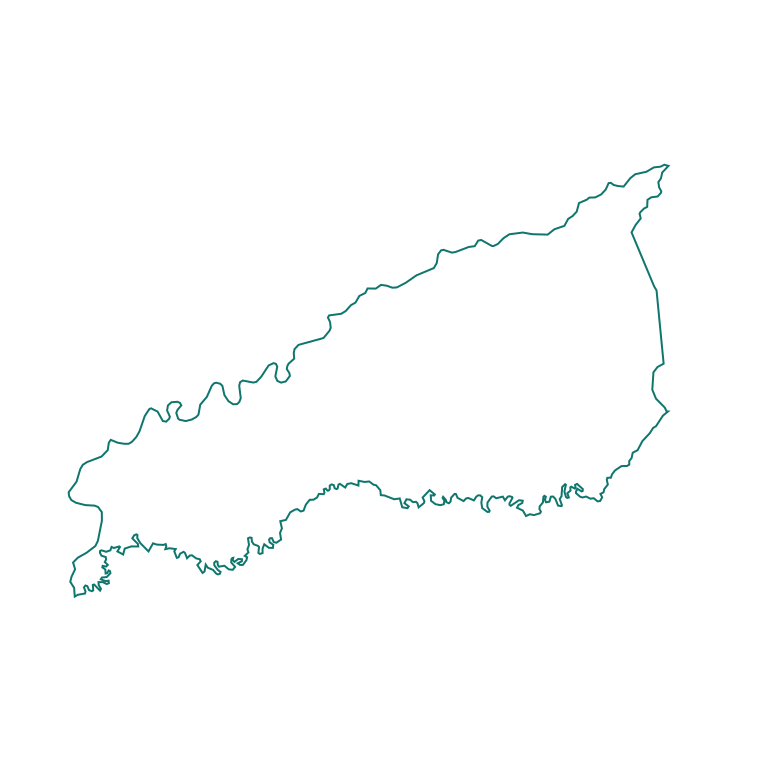 the district of Villanueva, Casanare, Colombia, rotated 103°
{"feature_id": "7082276B89877473443630", "entity_name": "Villanueva", "entity_type": "district", "adm_level": 2, "iso_a3": "COL", "parent_name": "Colombia", "parent_adm1": "Casanare", "projection": "mercator", "projection_center": [-72.768, 4.503], "detail": "fine", "context": "isolated", "style": "outline", "palette": "teal", "viewbox_px": 768, "rotation_deg": 103, "n_neighbors": 0, "source": "geoboundaries", "source_scale": "gbopen_adm2", "svg_char_len": 6166}
<svg xmlns="http://www.w3.org/2000/svg" viewBox="0 0 768 768"><g transform="rotate(103 384 384)"><path d="M365.1,476.1L370.1,479.0L374.2,478.9L379.5,477.2L385.6,481.5L388.1,482.2L391.3,482.1L394.6,478.7L397.3,477.5L403.6,480.3L405.8,484.6L405.0,488.6L401.0,491.6L391.2,491.9L388.7,493.8L388.5,496.3L391.9,500.6L404.6,505.3L410.6,508.8L412.0,511.7L412.4,522.4L414.6,524.6L418.2,524.7L430.0,520.4L434.0,520.9L436.6,522.6L437.7,526.4L435.7,531.7L430.7,537.0L422.1,541.1L420.6,543.6L420.5,547.8L421.5,549.7L424.4,551.4L436.4,553.7L445.5,558.4L455.6,557.9L458.4,559.5L461.9,563.4L464.7,568.8L464.8,575.3L464.0,576.8L458.9,579.9L455.7,579.4L450.4,576.7L448.3,578.6L447.8,581.3L449.6,587.0L453.5,589.7L458.6,589.4L464.0,585.3L466.2,585.5L469.7,587.8L469.8,591.2L461.8,598.4L460.1,605.5L461.2,607.0L469.0,609.9L485.2,611.6L491.3,613.4L497.2,616.7L499.7,619.4L500.7,623.5L501.1,630.3L499.9,637.7L503.1,638.9L510.6,638.3L518.2,642.9L526.9,655.8L530.5,659.3L535.2,660.8L548.3,661.6L560.4,666.9L564.1,665.6L567.4,662.6L569.0,657.5L569.2,647.9L567.6,638.6L568.2,634.9L572.4,630.1L580.8,628.1L601.3,627.5L606.8,628.8L615.4,635.9L622.0,643.2L627.9,646.8L634.0,643.3L642.0,645.1L647.3,645.2L652.3,640.1L660.7,637.5L658.3,635.0L655.4,628.2L653.2,628.2L649.7,630.6L647.5,629.6L647.7,627.6L651.2,625.0L651.6,622.0L650.5,620.9L645.2,622.5L644.6,621.3L649.2,614.2L647.3,613.7L644.0,616.8L641.3,617.6L640.3,613.5L641.3,609.2L640.0,607.3L637.6,608.1L638.7,610.7L638.0,616.0L636.0,615.3L634.5,610.8L629.9,608.0L628.0,608.9L627.6,610.3L630.5,611.1L631.3,612.6L627.4,613.8L626.0,617.2L624.5,617.2L624.4,613.7L622.4,612.4L620.3,616.0L617.7,615.3L615.2,616.2L614.9,620.6L612.4,622.8L610.5,623.1L609.6,621.8L610.0,617.0L607.6,613.2L604.0,612.8L604.6,610.4L601.8,605.4L602.2,604.6L607.1,606.1L608.8,599.8L602.7,599.6L599.1,593.7L597.6,586.9L595.2,587.8L591.0,594.5L587.6,593.4L586.2,591.5L586.6,590.3L589.6,589.8L593.8,585.7L600.1,575.8L591.2,573.2L591.6,569.3L590.4,562.7L589.1,560.7L591.2,559.6L594.1,559.9L592.3,556.1L591.7,549.8L594.2,550.7L600.0,546.8L599.1,545.2L595.2,544.5L592.6,541.5L593.4,539.9L598.1,536.7L594.9,534.7L594.1,532.6L596.2,527.7L596.2,524.1L598.0,522.7L602.4,525.1L608.9,518.3L607.1,516.7L600.1,517.1L602.6,514.4L603.6,508.7L606.5,504.8L606.9,503.0L605.8,501.2L603.9,501.0L602.5,504.2L598.8,508.6L596.3,509.2L594.5,508.0L594.7,506.2L597.8,505.2L599.1,503.7L597.0,498.6L599.5,493.6L599.1,489.6L595.7,487.9L592.3,492.7L589.0,493.3L587.7,492.6L587.3,491.8L589.5,491.8L591.0,489.7L587.3,486.7L586.7,483.0L588.7,482.6L591.6,486.2L592.7,483.6L592.0,480.8L586.6,478.4L583.6,478.4L582.8,481.0L578.6,478.2L575.8,479.9L571.3,479.3L565.0,481.8L563.7,480.2L563.7,478.4L567.2,477.3L569.5,474.9L570.1,470.2L571.0,469.1L576.8,468.4L577.5,466.7L576.1,464.3L571.6,465.3L567.1,464.6L569.5,459.4L568.7,455.4L565.6,455.7L564.0,459.7L561.5,461.0L559.9,460.2L559.4,458.5L562.8,455.9L562.9,453.2L558.7,449.3L552.5,451.8L547.6,451.0L541.0,454.2L538.5,449.0L530.1,446.5L526.4,442.4L525.4,440.3L526.9,436.4L525.5,433.9L519.1,433.0L513.6,430.4L512.6,426.7L509.7,423.7L505.7,422.7L504.9,417.9L503.3,417.6L500.2,419.0L499.0,417.2L500.6,415.1L500.2,413.9L498.5,413.2L495.3,414.0L493.7,412.7L493.8,410.2L496.7,408.6L497.1,406.6L496.3,405.7L492.2,405.7L491.2,404.5L493.6,398.5L489.7,397.3L488.0,393.5L488.7,386.1L484.0,387.0L483.8,380.8L482.3,376.5L484.5,371.5L484.4,369.0L488.3,363.7L493.0,362.1L492.5,358.4L494.0,348.2L492.0,342.9L500.0,338.5L499.7,333.2L497.7,332.4L495.5,337.3L491.3,336.2L490.9,332.5L492.6,329.2L491.6,326.3L492.6,324.6L496.4,322.5L491.1,318.4L489.2,318.2L485.9,320.8L477.2,315.7L480.2,309.6L481.3,310.0L482.0,313.4L487.3,311.8L489.5,306.8L489.4,301.9L487.7,298.7L484.2,298.9L481.7,301.3L480.6,301.0L483.0,297.7L485.1,296.6L485.6,293.9L483.6,292.7L479.6,293.0L475.2,290.5L475.0,289.2L478.4,286.7L480.2,280.1L477.1,278.3L476.1,276.4L477.2,270.2L473.0,268.7L471.3,267.2L470.9,265.2L472.2,262.8L477.6,262.5L482.8,260.4L485.4,254.4L484.9,252.8L483.8,252.5L480.3,255.7L476.3,256.5L469.5,253.7L468.8,251.9L470.1,249.0L467.0,242.9L470.1,240.0L465.9,238.0L465.1,236.5L465.3,233.8L466.1,233.2L472.1,234.9L473.5,234.6L474.2,233.1L466.9,226.3L466.5,222.6L468.8,222.5L471.7,225.8L474.6,226.6L476.1,220.2L480.7,215.9L478.1,212.6L478.0,208.4L474.8,202.8L473.1,202.4L470.9,204.4L468.3,204.8L463.6,202.5L458.1,203.3L456.9,202.6L457.4,201.0L460.8,201.0L462.8,199.6L461.5,196.4L456.3,196.1L455.6,193.9L457.6,191.0L463.3,187.1L463.1,183.6L462.0,183.4L456.6,186.9L453.4,185.8L444.3,187.2L440.9,185.0L441.2,184.1L448.3,184.0L453.1,181.3L453.8,179.9L453.0,178.4L449.2,180.8L445.9,178.3L442.7,179.2L441.9,178.4L443.0,174.5L442.0,174.0L439.3,175.1L437.9,173.4L441.7,166.6L443.7,166.4L444.2,167.3L442.6,172.0L445.7,172.7L447.1,172.4L449.7,167.6L449.9,165.0L448.2,161.8L449.3,157.0L448.1,154.0L450.3,149.5L449.4,147.1L445.3,145.9L442.4,148.4L440.2,145.7L437.0,145.8L431.6,143.3L427.2,145.4L425.2,145.3L424.2,141.8L421.0,141.6L416.3,139.5L410.6,134.2L409.2,128.8L407.4,126.9L403.9,127.7L400.4,126.1L395.0,126.2L391.4,122.0L381.5,119.4L372.4,114.1L366.1,111.8L364.0,109.5L352.1,105.1L346.9,101.1L347.1,102.5L343.8,105.1L337.1,115.7L329.2,121.3L312.0,124.1L305.9,121.3L301.3,116.1L231.5,139.5L228.2,142.7L180.6,176.9L172.4,174.6L164.9,171.1L160.6,173.3L159.0,172.9L154.6,170.2L152.2,167.4L145.3,168.7L142.0,165.6L139.7,159.5L135.3,157.1L133.8,157.2L130.6,160.1L125.6,162.1L121.3,160.4L115.4,160.5L107.5,155.9L107.3,160.1L110.1,163.6L112.2,169.7L118.2,176.1L123.1,186.4L128.0,190.3L137.7,194.9L138.5,200.6L138.4,205.0L137.0,208.2L137.7,210.3L144.7,211.7L150.5,215.1L154.7,220.2L156.2,225.9L158.8,227.9L163.8,234.7L172.7,235.0L177.9,238.0L181.7,241.7L189.3,243.8L194.9,252.8L201.6,258.1L204.7,273.3L205.2,282.8L209.9,295.5L215.1,300.4L222.0,304.6L224.9,308.3L225.2,310.0L221.8,321.7L223.1,324.5L229.3,326.6L231.4,332.2L239.5,344.3L240.7,347.5L239.9,356.2L240.9,358.4L245.5,360.5L254.2,359.8L259.8,361.5L270.8,376.8L280.7,385.8L287.0,393.2L288.3,397.6L287.6,403.4L288.1,409.2L292.9,413.5L294.6,421.5L299.5,422.7L303.7,427.8L311.1,430.1L314.7,434.0L321.5,437.7L325.2,441.5L329.5,452.9L331.8,453.6L335.8,450.5L341.2,448.6L344.4,449.1L352.8,453.3L365.1,476.1Z" fill="none" stroke="#0f766e" stroke-width="2"/></g></svg>